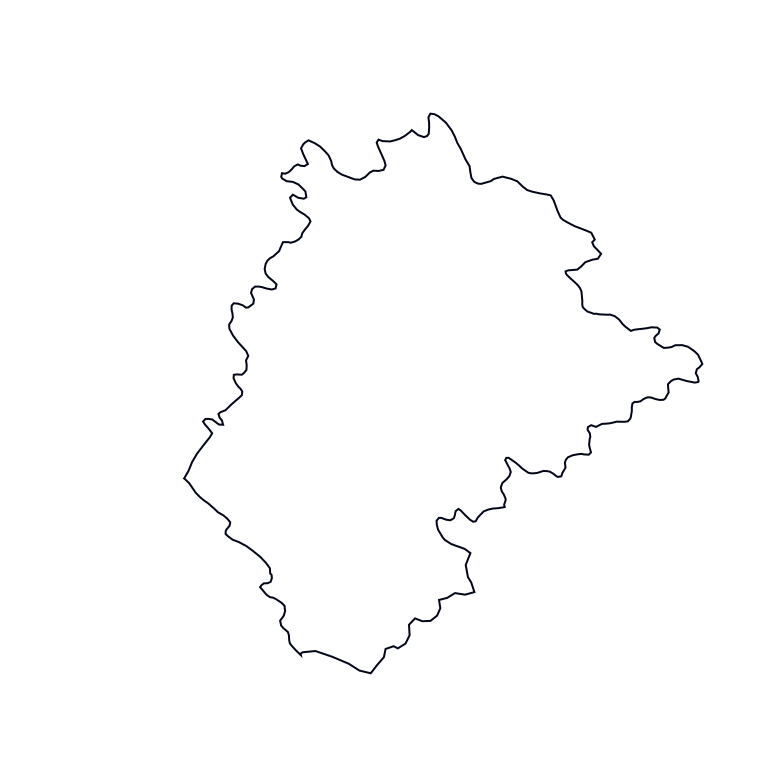 Krupki, Minsk, Belarus (Robinson projection), rotated 44°
{"feature_id": "67162791B85718992399445", "entity_name": "Krupki", "entity_type": "district", "adm_level": 2, "iso_a3": "BLR", "parent_name": "Belarus", "parent_adm1": "Minsk", "projection": "robinson", "projection_center": [29.17, 54.312], "detail": "fine", "context": "isolated", "style": "outline", "palette": "ink", "viewbox_px": 768, "rotation_deg": 44, "n_neighbors": 0, "source": "geoboundaries", "source_scale": "gbopen_adm2", "svg_char_len": 5649}
<svg xmlns="http://www.w3.org/2000/svg" viewBox="0 0 768 768"><g transform="rotate(44 384 384)"><path d="M563.6,445.6L556.4,446.6L547.5,450.7L543.2,452.5L536.1,453.9L532.9,453.6L524.0,451.2L519.7,448.5L516.8,445.8L516.5,442.1L518.2,440.5L523.2,438.3L526.4,435.9L527.5,432.1L526.4,429.7L523.9,425.7L524.3,422.2L527.1,421.7L532.8,421.9L540.0,421.9L543.9,421.1L545.3,419.0L544.2,414.9L544.2,410.1L544.2,406.4L546.3,401.8L548.8,398.0L552.4,394.0L556.3,388.7L554.2,387.3L552.3,383.2L550.9,381.9L546.8,380.2L543.4,379.5L540.2,377.6L539.1,375.7L537.9,372.8L538.4,367.0L538.1,363.0L536.3,359.2L532.7,357.4L529.7,356.5L526.9,355.5L524.0,354.6L523.3,352.2L524.9,350.5L529.2,349.8L533.6,349.1L538.6,348.8L542.0,348.8L549.5,347.6L552.0,346.0L554.3,343.6L556.1,341.4L557.7,338.3L559.1,335.8L561.8,333.4L564.3,331.8L567.9,331.0L571.8,330.6L573.6,330.1L575.7,327.2L574.1,324.1L573.4,321.0L572.7,318.1L568.8,315.0L567.5,312.3L567.2,309.0L569.3,304.1L571.8,300.5L574.5,297.2L576.8,295.7L580.4,292.6L580.4,289.4L576.8,287.3L573.8,285.3L572.0,283.0L569.9,280.3L569.2,278.8L566.3,276.5L562.2,275.5L560.6,273.3L561.7,269.7L566.3,267.6L568.5,261.3L571.0,258.6L573.5,255.7L575.8,252.3L577.6,249.4L583.3,244.1L585.3,241.5L585.3,238.8L584.9,236.9L581.0,231.2L578.7,228.9L576.2,225.4L576.7,222.9L579.2,220.3L580.5,218.3L581.0,215.4L581.9,212.3L583.2,210.1L585.5,208.2L589.8,206.2L593.5,203.9L596.0,201.2L596.4,199.0L595.5,195.9L594.6,192.3L591.9,190.1L588.4,186.9L588.4,182.6L589.3,179.5L592.1,175.6L596.8,173.1L600.0,171.4L603.6,169.0L606.4,167.3L608.6,164.4L608.6,164.1L608.4,163.5L604.8,161.0L600.7,159.6L598.8,156.0L599.3,153.0L599.1,148.5L596.1,147.2L589.5,144.8L584.5,144.8L577.0,146.0L571.5,148.9L566.6,153.8L565.2,157.6L563.1,160.5L560.2,163.7L552.8,165.3L549.9,165.5L546.4,163.1L546.0,160.5L546.4,157.0L544.6,153.3L541.4,153.6L537.1,157.3L534.3,161.3L530.7,165.8L529.3,167.4L526.1,171.4L524.7,174.3L517.9,175.1L513.7,175.1L508.3,174.3L503.0,174.9L498.4,177.0L497.0,178.6L490.3,184.5L487.6,186.2L486.5,187.6L484.2,188.6L479.9,190.6L475.8,190.8L473.5,190.6L472.4,189.9L470.5,188.2L468.9,186.4L466.2,184.1L463.9,182.1L461.7,180.2L458.5,178.9L455.1,178.3L449.4,178.3L445.0,178.5L439.8,178.5L437.8,178.0L436.4,176.8L437.5,174.4L443.6,167.4L444.2,162.4L444.2,156.5L447.5,149.9L450.8,145.3L449.7,139.5L439.2,139.1L435.3,137.4L435.3,133.7L428.0,131.2L422.6,133.3L416.2,136.0L411.3,138.1L403.8,140.3L398.5,141.6L395.3,141.6L388.5,138.9L378.6,134.1L372.9,132.5L369.3,134.7L364.0,138.4L357.2,142.6L352.3,145.0L346.9,145.6L339.1,145.6L332.7,148.2L325.2,152.5L320.6,160.2L319.9,163.9L317.4,168.2L314.9,172.5L312.4,174.6L308.5,175.9L303.9,175.1L299.3,171.9L294.3,167.9L286.5,165.8L275.8,161.5L269.4,159.7L263.0,156.8L256.6,154.6L247.0,153.0L237.4,153.6L232.8,154.9L229.6,157.3L230.7,161.3L234.9,164.7L238.1,167.9L242.4,173.0L242.7,175.7L241.3,178.6L235.6,181.3L229.6,181.8L227.6,182.1L227.7,184.2L226.6,191.3L225.0,196.6L222.7,200.8L220.0,205.2L214.2,210.3L210.3,212.0L211.0,215.4L215.1,217.5L223.6,220.9L229.4,223.3L233.3,225.6L234.9,230.3L232.1,234.5L228.2,237.9L226.9,241.5L226.7,248.0L224.8,253.7L220.8,257.2L214.3,260.0L208.4,262.6L203.1,263.8L198.1,263.8L194.5,262.6L191.0,260.2L185.1,258.0L178.9,257.6L173.1,257.6L166.8,258.9L160.4,261.2L159.5,265.0L159.4,267.7L160.6,272.1L165.9,274.6L171.6,276.8L176.4,278.6L175.5,282.4L172.5,284.8L169.4,286.0L168.2,290.0L168.5,293.6L168.3,297.7L166.9,301.3L164.2,303.2L166.2,306.4L168.0,306.9L173.1,305.7L178.1,301.9L183.8,299.9L190.0,299.9L193.7,300.1L198.4,303.6L197.6,306.4L193.0,309.6L187.0,311.1L187.0,315.3L193.7,318.3L200.1,319.1L204.2,318.5L209.2,317.3L214.9,316.9L218.2,318.1L219.5,323.0L219.8,327.5L220.5,332.4L222.3,335.5L222.1,339.5L221.0,343.3L218.7,347.3L216.9,348.2L212.8,352.1L214.4,356.6L216.2,361.2L215.7,369.1L214.6,372.7L214.4,376.2L215.5,379.9L218.3,384.2L222.0,386.7L226.3,387.4L233.4,386.9L237.5,387.0L239.6,390.6L237.7,393.9L233.4,396.8L229.1,399.0L226.1,401.0L223.6,403.5L223.2,407.3L225.0,410.8L231.8,413.6L234.2,417.0L233.2,423.1L231.6,425.0L227.8,425.5L223.2,427.6L219.8,430.4L220.0,433.5L222.6,436.3L226.2,438.7L229.0,441.1L230.5,444.4L231.2,448.7L234.5,451.7L242.0,454.1L249.8,455.3L257.8,455.8L262.1,456.1L266.9,458.1L268.3,462.8L272.2,465.9L275.3,469.5L275.6,473.3L275.3,476.0L274.0,477.2L271.5,479.3L269.6,481.7L271.7,484.3L276.7,486.3L281.1,487.1L284.0,487.1L287.2,487.8L289.5,490.7L289.3,495.2L288.4,505.0L288.2,513.0L285.9,518.0L285.7,520.5L289.1,522.4L292.7,522.8L296.6,525.1L293.4,527.8L284.9,528.9L281.8,531.2L279.9,533.1L279.9,536.7L283.5,537.5L289.3,538.0L294.6,538.8L295.7,543.2L296.6,552.7L297.9,564.0L300.2,573.5L303.8,582.5L305.8,590.8L307.1,590.7L312.9,590.7L318.2,591.8L323.8,593.0L330.2,593.2L335.5,592.8L340.2,592.0L348.6,591.6L353.6,591.6L359.7,590.1L364.5,589.7L369.5,590.3L371.4,593.2L371.7,597.7L372.2,599.6L374.2,601.9L377.3,601.9L383.1,601.2L389.5,598.5L397.6,596.2L405.9,595.1L415.4,594.3L423.5,594.7L429.9,595.8L433.8,599.4L435.7,599.4L438.2,601.5L439.9,605.2L438.5,608.4L436.0,610.9L435.7,613.9L436.0,616.2L439.9,616.6L445.8,617.2L449.9,616.6L452.7,614.7L456.1,613.7L461.9,612.6L466.4,612.6L470.6,616.0L472.8,620.2L473.3,623.1L473.6,626.3L477.8,629.2L481.1,629.5L487.3,629.2L490.3,630.9L493.7,634.1L496.5,636.0L499.5,636.4L505.4,636.8L508.7,636.8L512.6,636.8L511.3,635.9L511.9,633.4L520.2,623.7L536.4,616.1L553.1,609.7L565.4,607.2L575.4,601.3L574.3,591.2L573.7,580.7L573.5,580.3L569.2,573.5L573.1,565.9L577.6,564.6L579.8,555.8L577.0,547.0L569.2,539.8L569.2,531.0L576.4,528.0L582.0,522.1L583.1,513.7L580.3,506.2L573.6,501.1L578.0,494.0L580.3,485.1L588.6,479.3L593.6,470.9L584.7,466.2L578.5,464.6L568.5,457.4L563.6,445.6Z" fill="none" stroke="#020617" stroke-width="2"/></g></svg>